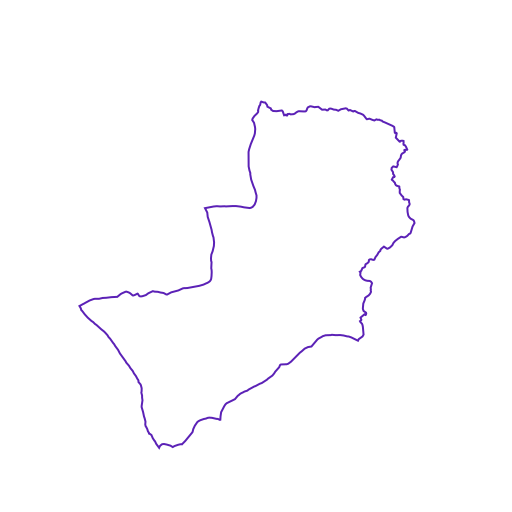 outline of Gogne, Gash Barka, Eritrea, rotated 237°
{"feature_id": "51966322B22104639237429", "entity_name": "Gogne", "entity_type": "district", "adm_level": 2, "iso_a3": "ERI", "parent_name": "Eritrea", "parent_adm1": "Gash Barka", "projection": "albers", "projection_center": [37.411, 15.143], "detail": "fine", "context": "isolated", "style": "outline", "palette": "violet", "viewbox_px": 512, "rotation_deg": 237, "n_neighbors": 0, "source": "geoboundaries", "source_scale": "gbopen_adm2", "svg_char_len": 6088}
<svg xmlns="http://www.w3.org/2000/svg" viewBox="0 0 512 512"><g transform="rotate(237 256 256)"><path d="M323.9,239.3L319.0,238.8L315.1,236.8L309.7,235.4L302.1,233.0L299.8,232.0L296.2,230.8L294.8,230.5L290.3,228.3L287.3,226.1L283.6,222.2L281.5,219.3L278.6,217.0L276.3,215.7L275.1,215.4L270.1,211.8L268.4,211.1L266.5,210.0L263.3,207.7L261.2,205.9L260.6,205.1L260.0,203.7L259.9,202.7L259.9,200.8L260.2,199.3L260.6,196.4L261.9,192.1L266.6,180.8L268.3,178.0L268.7,177.0L269.4,172.1L271.7,165.1L272.1,160.5L272.6,159.8L275.2,158.4L276.0,157.6L277.3,156.1L279.4,154.2L281.3,151.6L282.7,150.3L283.4,145.4L283.2,142.4L284.1,139.0L284.7,137.6L285.4,136.7L286.2,136.3L288.7,136.3L289.0,136.1L289.3,133.2L289.7,131.6L290.1,131.1L293.2,130.2L294.8,129.4L296.7,127.9L297.1,127.0L297.7,123.2L297.8,121.8L297.3,117.4L300.2,112.4L302.6,107.5L304.3,104.6L305.6,101.0L307.9,97.5L308.4,96.2L309.3,92.3L310.2,80.7L307.7,80.6L305.6,80.0L304.7,80.3L300.4,80.6L296.0,81.3L291.2,82.6L289.1,83.5L286.9,83.9L284.9,84.7L278.8,86.3L275.6,87.4L273.7,87.8L270.4,88.3L268.2,88.2L266.2,88.6L260.9,88.8L259.4,89.0L257.1,88.9L252.4,89.2L248.4,88.8L238.4,89.3L237.4,89.1L233.2,89.7L230.4,89.6L226.6,90.0L224.1,89.7L220.8,89.9L217.3,89.6L216.4,89.7L215.4,89.5L214.3,88.8L211.4,89.2L210.4,89.1L207.4,88.1L205.0,86.5L203.8,85.4L201.1,84.5L199.2,83.3L196.8,82.2L192.6,78.5L191.6,77.8L186.6,76.3L182.5,74.7L180.5,74.2L177.3,73.1L174.9,71.3L173.1,70.7L172.4,70.8L169.9,70.5L167.9,69.9L166.0,69.9L165.5,69.6L165.1,69.6L164.6,70.1L162.9,70.8L159.4,70.2L156.3,70.2L155.7,70.4L152.8,70.0L147.9,70.3L148.8,71.6L149.1,72.6L149.3,74.6L149.0,75.4L148.4,76.5L146.4,78.5L143.5,81.0L141.1,82.1L141.0,84.1L140.1,87.8L139.4,89.8L138.7,91.1L138.4,91.3L139.4,95.9L142.6,106.0L143.0,107.0L145.0,109.1L147.0,112.3L148.7,116.4L148.8,117.9L148.6,119.9L147.7,123.5L146.9,125.5L146.6,127.2L145.9,128.8L144.3,130.9L141.0,134.1L140.1,135.3L138.3,136.4L138.1,136.9L140.8,138.9L144.0,141.7L147.3,147.5L148.2,149.5L148.5,151.2L147.4,160.4L148.7,164.6L148.8,166.3L149.0,167.0L149.0,168.9L148.7,170.8L148.6,172.5L147.8,175.4L148.0,177.0L147.5,183.7L147.2,184.5L146.8,189.5L146.3,191.7L146.3,197.8L146.6,199.3L146.8,204.6L147.6,207.2L148.5,209.1L150.1,214.9L151.3,216.6L151.5,217.1L151.5,217.6L151.0,218.6L148.5,222.8L148.1,224.3L148.3,227.8L151.0,240.1L151.2,242.5L151.8,246.4L151.3,250.0L149.9,253.2L152.5,261.8L152.7,263.4L152.4,266.9L152.4,268.3L151.6,271.2L148.9,275.7L148.6,276.7L146.3,279.6L143.8,283.6L141.6,286.2L138.9,288.7L138.0,289.9L135.8,291.6L129.4,295.4L130.3,296.8L130.5,301.5L131.5,303.4L138.3,307.0L140.0,307.7L141.5,308.0L143.7,307.6L144.7,307.7L144.8,309.1L145.1,309.6L147.4,310.1L148.0,315.0L148.0,315.3L146.9,315.6L146.8,315.9L147.0,316.3L147.7,317.1L148.6,317.4L151.2,316.3L153.1,316.7L153.9,317.1L157.7,320.1L159.7,323.0L160.7,324.2L161.4,324.6L161.6,325.9L161.6,329.0L162.2,331.1L163.2,332.8L163.6,333.1L164.8,333.5L165.2,334.0L167.1,335.0L170.0,338.5L171.7,338.5L172.8,338.0L173.2,337.7L174.6,335.8L176.0,334.5L177.1,333.8L178.7,333.1L180.9,332.8L182.5,332.9L183.3,333.0L185.2,334.6L186.2,334.5L186.2,336.1L187.9,338.7L187.5,340.7L187.6,341.6L189.3,343.2L189.4,343.9L189.3,345.7L189.7,347.4L191.1,348.5L191.2,349.1L191.1,349.8L190.5,350.9L189.6,351.5L188.6,352.6L188.5,353.3L190.0,355.6L190.9,358.3L192.3,360.9L192.6,363.0L193.4,363.8L193.8,364.9L194.2,368.4L190.9,369.8L190.5,370.2L190.3,371.1L190.2,373.1L190.8,376.2L192.1,378.4L192.5,379.8L192.8,381.0L193.1,384.3L193.1,388.1L192.8,388.6L191.0,390.2L190.7,390.8L190.5,392.1L190.5,393.9L191.1,396.2L190.9,397.5L191.2,398.3L195.5,403.4L197.3,406.9L198.8,407.4L199.9,407.6L200.8,407.3L203.1,406.0L205.2,405.6L206.8,405.7L207.7,406.0L210.4,407.1L213.8,409.1L214.6,410.3L215.0,411.9L215.6,412.9L216.2,413.3L217.8,413.7L219.0,414.5L219.7,414.7L221.8,412.8L222.4,411.2L223.4,410.7L225.3,411.6L227.4,411.1L230.6,410.9L232.2,411.9L233.2,412.8L234.6,413.1L236.2,414.0L236.5,413.9L237.1,413.2L237.7,412.9L238.1,412.4L239.2,411.9L240.9,412.0L241.9,412.4L243.0,412.1L244.7,411.9L245.7,411.5L246.1,411.5L247.4,413.9L246.9,415.0L247.2,415.6L248.7,415.8L250.2,415.7L251.3,416.4L252.0,416.6L254.6,416.6L256.0,417.8L256.4,419.9L253.9,422.3L254.2,423.0L255.5,424.9L256.7,425.2L257.5,425.9L258.1,426.9L259.4,430.4L259.9,431.1L261.4,432.4L262.1,433.6L262.3,434.4L262.2,436.5L262.3,437.5L262.5,437.8L263.9,438.0L264.1,438.3L262.8,440.5L262.9,440.8L266.0,441.3L267.9,441.2L268.8,440.4L269.8,440.7L270.3,441.3L272.1,442.4L272.7,441.9L273.4,440.9L273.9,439.6L273.5,438.9L273.7,438.7L279.1,437.7L282.2,440.8L282.8,440.8L283.2,440.4L283.3,439.7L283.9,439.6L288.7,442.1L289.2,442.1L290.9,441.3L297.6,437.0L299.9,435.4L300.9,435.3L302.2,434.1L303.2,433.6L303.8,432.4L305.0,431.4L305.2,429.1L306.7,427.8L308.9,426.3L309.4,425.9L310.3,423.5L310.9,423.3L314.9,423.0L316.2,422.7L318.6,421.2L320.3,419.7L323.8,417.9L324.2,417.2L324.1,416.6L324.3,416.2L327.3,414.3L327.5,413.0L327.9,412.8L330.0,412.5L331.0,411.7L332.8,407.2L333.0,404.1L335.0,402.8L336.4,401.0L338.4,399.5L339.3,398.5L339.6,397.6L339.1,395.5L339.5,394.8L341.1,393.9L342.7,391.1L347.2,389.5L348.6,386.9L348.7,386.4L351.5,383.7L352.1,382.9L352.4,380.5L351.9,379.4L350.6,377.7L350.3,376.8L350.3,376.4L351.0,375.1L354.1,370.8L354.4,369.8L354.5,368.2L354.3,365.9L354.6,364.6L355.9,362.2L356.9,361.6L357.8,359.9L357.7,359.5L356.9,358.8L356.9,358.5L357.4,358.1L358.2,358.0L358.4,357.7L358.3,357.0L358.5,356.8L358.7,356.2L362.7,357.2L364.0,356.9L366.2,352.2L368.3,349.3L370.4,348.4L371.7,348.8L375.0,346.9L376.5,347.5L379.7,347.3L380.7,346.0L382.6,344.5L382.3,343.6L380.4,341.7L380.0,340.5L378.7,338.9L376.9,336.9L376.5,336.9L375.6,336.2L375.0,334.7L374.3,331.0L373.1,328.0L372.7,327.6L372.1,326.9L368.8,326.9L364.7,325.4L362.9,324.5L359.4,321.8L357.9,320.1L352.7,312.6L349.2,308.3L347.3,306.4L335.1,298.6L331.3,297.1L328.6,296.4L327.9,295.8L322.8,293.6L316.0,291.9L312.1,291.2L309.8,290.4L306.5,289.4L304.5,288.1L302.0,285.8L299.9,282.9L299.0,279.9L299.2,278.1L299.6,276.9L303.3,272.5L305.7,270.1L308.7,266.5L310.9,263.1L314.0,257.7L314.8,256.8L317.1,252.9L319.1,250.3L320.6,247.4L323.9,239.3Z" fill="none" stroke="#5b21b6" stroke-width="2"/></g></svg>